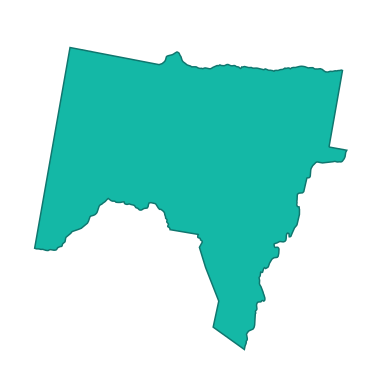 the State of Minnesota, rotated 100°
{"feature_id": "USA-3514", "entity_name": "Minnesota", "entity_type": "State", "adm_level": 1, "iso_a3": "USA", "parent_name": "United States of America", "parent_adm1": "", "projection": "equal_earth", "projection_center": [-93.694, 46.435], "detail": "fine", "context": "isolated", "style": "filled", "palette": "teal", "viewbox_px": 384, "rotation_deg": 100, "n_neighbors": 0, "source": "natural_earth", "source_scale": "10m", "svg_char_len": 5843}
<svg xmlns="http://www.w3.org/2000/svg" viewBox="0 0 384 384"><g transform="rotate(100 192 192)"><path d="M46.2,64.9L123.2,64.9L123.5,64.8L123.8,64.5L123.9,63.9L124.0,46.8L126.2,47.5L130.7,47.4L132.8,47.9L135.4,49.2L136.0,49.7L136.5,50.5L136.7,52.4L137.1,53.5L137.2,54.4L137.0,56.5L137.3,57.5L137.7,58.4L140.7,68.6L140.7,72.1L140.6,73.0L140.7,73.8L141.0,74.6L141.5,75.2L145.1,77.7L147.9,78.7L149.4,78.9L155.7,78.3L156.4,78.4L156.8,78.5L157.1,78.8L157.5,79.1L157.7,79.4L157.8,79.8L158.0,81.0L158.7,81.3L172.2,82.0L173.6,83.0L174.6,86.5L175.8,87.7L176.6,87.8L181.9,87.1L182.5,87.3L183.8,86.8L186.6,86.6L187.8,85.8L188.1,85.1L188.1,84.4L188.1,83.9L189.4,83.6L190.6,83.1L195.4,82.3L205.9,82.9L206.8,83.2L209.5,84.8L215.5,86.3L218.4,86.9L219.1,87.7L219.2,88.5L218.5,88.7L216.8,89.1L216.1,89.4L215.8,90.6L216.4,91.3L217.4,91.4L218.1,91.6L221.4,91.2L223.1,91.2L224.4,91.9L225.1,93.0L225.3,93.7L225.4,95.7L225.5,96.9L226.0,97.7L227.2,99.2L228.5,101.6L229.0,102.1L229.7,102.0L230.7,101.7L231.6,101.2L232.1,100.7L232.0,99.7L231.6,98.8L231.6,97.8L232.4,96.8L233.2,96.4L237.2,95.9L240.3,96.0L241.4,96.6L241.9,97.7L242.2,98.9L242.7,100.1L243.4,100.8L244.0,101.4L244.7,101.8L248.7,103.3L252.0,103.8L252.8,104.1L253.4,104.7L254.6,106.2L253.9,107.4L254.8,108.1L257.6,108.5L258.4,108.5L258.7,108.6L259.0,108.9L259.1,109.4L258.9,109.9L258.8,110.3L259.3,110.5L262.6,110.3L263.4,110.5L264.1,110.9L264.8,111.1L267.2,110.1L270.6,109.7L272.0,108.8L273.3,107.6L278.3,104.6L279.9,103.9L280.6,103.4L283.8,101.8L285.7,101.5L286.9,102.2L287.0,102.6L286.6,103.2L286.6,103.7L286.9,104.3L287.2,104.5L287.6,104.7L288.1,105.0L288.4,105.7L288.7,107.2L289.1,108.0L290.5,108.8L292.3,108.8L295.7,107.8L296.6,107.8L297.1,108.1L297.6,108.5L298.4,108.8L298.7,108.8L299.9,108.3L300.3,108.2L300.6,108.3L300.8,108.4L301.1,108.5L312.1,107.2L314.3,107.3L316.1,107.9L316.6,108.4L318.6,111.4L319.1,112.0L319.7,112.4L322.0,113.5L322.7,113.6L326.4,112.2L327.3,112.0L327.9,112.0L328.6,112.2L329.4,112.6L329.9,112.7L331.1,112.4L332.0,112.5L334.4,113.0L338.0,113.1L321.4,147.7L294.8,146.7L264.0,165.5L245.2,175.1L239.6,173.2L239.0,173.4L238.4,173.8L238.1,174.3L237.8,175.1L237.7,175.3L236.8,175.6L236.6,175.7L236.4,175.8L236.3,176.0L236.1,176.3L236.1,176.6L235.9,177.9L235.7,178.2L235.6,178.4L235.4,178.5L234.8,178.6L234.2,178.7L233.5,178.6L232.8,178.4L232.7,178.6L232.9,207.1L232.1,207.2L231.7,207.6L231.1,208.1L230.7,208.8L230.5,209.5L230.2,209.9L229.3,209.9L228.3,209.7L227.7,209.6L227.1,210.1L226.2,211.4L225.7,211.7L224.1,211.7L223.7,211.8L223.1,212.3L223.0,212.5L222.6,213.2L222.4,213.4L222.1,213.5L221.1,213.7L219.0,214.9L218.3,215.1L217.1,215.6L216.0,216.8L214.5,219.5L214.7,221.0L213.6,222.4L210.3,225.4L209.9,226.0L209.8,226.8L209.6,230.6L210.3,232.4L212.0,232.7L213.9,232.7L215.4,233.2L215.8,234.0L216.4,235.9L216.7,236.6L217.4,237.4L218.1,238.1L218.6,238.9L218.8,239.9L218.7,240.8L217.5,242.5L217.1,244.6L216.6,245.1L216.0,245.6L215.5,246.2L215.1,247.0L215.0,248.0L214.9,250.2L214.7,251.2L214.6,251.8L214.8,252.1L215.5,253.8L215.5,254.9L215.3,255.9L214.8,256.6L214.0,256.9L213.5,257.3L213.8,258.4L214.7,260.7L215.1,262.8L215.3,265.0L215.1,265.3L214.6,266.2L214.5,266.7L214.7,268.3L214.8,268.9L214.5,270.3L212.9,273.4L214.0,274.3L216.4,275.8L219.1,278.4L219.8,278.8L220.0,279.2L220.2,279.7L220.4,280.0L222.1,281.0L228.2,281.9L229.5,282.4L230.9,283.4L232.0,284.8L233.0,286.9L233.3,287.5L233.8,287.9L234.3,288.2L238.8,288.9L240.9,289.6L246.9,294.7L248.4,297.1L251.4,302.5L252.2,303.5L253.7,304.2L258.2,308.0L258.7,308.3L259.2,308.4L263.0,308.4L263.2,308.5L265.4,310.3L265.7,310.4L266.1,310.5L267.5,310.6L268.0,310.8L268.2,311.1L268.4,311.4L268.6,312.1L268.8,312.8L269.8,313.9L270.1,314.6L271.8,315.2L272.3,315.5L272.7,315.9L272.9,316.4L273.1,317.0L273.3,318.2L273.3,319.4L273.3,320.8L273.3,321.3L273.4,321.7L273.5,322.1L273.8,322.5L274.3,323.1L274.6,323.5L274.7,324.0L274.8,325.0L274.8,325.9L274.4,328.7L274.4,329.2L274.7,330.5L274.8,331.1L274.6,332.7L274.7,333.3L274.9,334.7L275.0,335.3L274.9,336.0L274.7,337.2L70.9,337.2L72.3,246.4L72.1,246.2L70.8,243.8L70.4,243.4L69.5,242.7L69.1,242.3L68.0,241.5L66.4,241.0L63.3,240.7L62.5,240.1L61.7,238.6L60.4,235.6L59.6,234.4L57.7,232.4L56.7,231.1L56.9,230.1L57.4,229.0L57.7,228.7L59.5,227.5L60.4,226.6L60.8,226.3L63.7,224.8L64.7,224.0L65.1,223.6L65.5,223.0L66.7,220.6L67.5,219.3L67.8,218.4L68.2,215.4L68.3,215.1L68.8,214.1L68.1,210.4L68.1,209.2L68.6,208.1L68.9,206.8L68.9,206.1L68.7,204.3L68.5,204.0L68.6,203.4L68.7,203.1L68.7,202.7L67.8,201.4L67.7,201.0L67.5,200.4L67.5,199.4L67.6,196.2L67.4,195.2L66.8,194.3L65.6,193.0L63.4,189.7L63.1,189.2L63.1,188.7L63.1,188.3L63.0,187.9L62.8,187.5L62.2,186.9L62.0,186.5L62.3,185.5L62.3,184.5L62.1,182.6L61.8,181.7L60.6,180.1L60.3,179.4L60.2,178.4L60.7,176.6L60.9,175.5L60.8,174.4L60.2,172.7L60.1,171.9L60.2,171.4L60.6,170.6L60.7,170.3L60.8,169.8L60.8,168.1L60.9,167.6L61.4,166.9L61.7,166.1L61.8,165.9L61.9,165.7L61.7,165.4L61.5,165.2L61.0,165.0L60.7,164.8L60.2,164.7L60.2,164.2L60.0,163.5L59.6,162.8L59.4,162.3L59.3,161.7L59.6,158.4L59.6,157.5L59.1,155.4L59.1,154.9L59.3,154.4L59.4,154.0L59.5,153.6L59.3,152.5L58.8,150.2L58.7,149.0L59.1,142.8L59.0,142.3L58.6,141.9L58.1,141.3L58.2,140.3L58.8,137.8L58.8,137.1L58.5,136.3L58.5,135.4L58.5,134.5L58.5,133.3L58.6,133.1L58.8,132.6L58.8,132.3L58.6,132.0L58.0,131.6L57.6,130.2L57.4,128.5L57.0,127.7L56.5,126.9L56.0,125.9L55.6,124.2L55.3,123.6L54.4,122.6L54.3,122.4L54.0,122.2L53.9,122.1L53.8,121.9L54.1,121.5L54.1,121.2L53.1,118.8L53.1,117.7L53.6,116.6L52.3,115.2L51.7,113.6L51.4,111.7L49.8,108.2L49.2,106.4L49.0,104.6L49.0,102.6L49.6,99.2L49.5,98.4L49.2,97.8L48.6,94.6L48.8,94.0L49.3,93.1L49.4,92.6L49.5,92.1L49.3,91.3L49.1,89.8L48.3,87.0L48.7,84.9L49.7,83.2L50.5,81.3L50.3,79.0L49.4,77.4L49.1,76.6L48.9,74.7L47.8,72.1L47.6,70.4L47.4,70.0L47.2,69.6L47.0,69.2L46.7,67.6L46.3,66.8L46.0,66.0L46.2,64.9Z" fill="#14b8a6" stroke="#0f766e" stroke-width="1.5"/></g></svg>